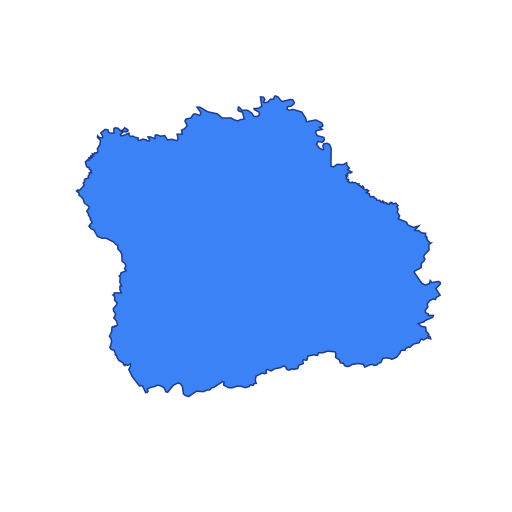 Mae Sot, Tak, Thailand (Equal Earth projection), rotated 105°
{"feature_id": "78962969B92609473950758", "entity_name": "Mae Sot", "entity_type": "district", "adm_level": 2, "iso_a3": "THA", "parent_name": "Thailand", "parent_adm1": "Tak", "projection": "equal_earth", "projection_center": [98.694, 16.756], "detail": "fine", "context": "isolated", "style": "filled", "palette": "blue", "viewbox_px": 512, "rotation_deg": 105, "n_neighbors": 0, "source": "geoboundaries", "source_scale": "gbopen_adm2", "svg_char_len": 6098}
<svg xmlns="http://www.w3.org/2000/svg" viewBox="0 0 512 512"><g transform="rotate(105 256 256)"><path d="M142.5,192.6L145.2,195.5L146.5,201.5L149.8,204.0L149.9,206.8L132.6,211.3L129.3,213.8L128.7,216.3L130.0,219.5L132.0,220.0L135.5,218.3L136.3,219.1L135.0,223.2L132.4,226.6L129.4,225.7L129.0,221.4L126.4,219.9L123.9,221.1L123.9,228.0L121.6,230.3L119.3,230.2L116.6,224.8L115.1,227.9L113.6,225.2L112.5,225.2L110.4,227.0L109.1,233.4L113.3,242.0L110.2,243.5L105.1,249.0L104.8,258.4L106.7,261.5L106.0,264.1L103.6,264.1L102.4,261.0L99.0,258.7L97.8,258.7L95.6,260.9L95.9,263.4L99.9,270.5L99.6,272.0L96.7,275.9L96.3,278.6L97.1,279.5L100.0,279.5L100.8,282.7L104.2,284.3L105.7,287.5L105.3,288.7L102.7,287.9L101.5,288.8L100.7,289.9L101.1,292.9L109.9,289.2L112.6,291.8L114.1,296.1L115.0,295.5L116.3,290.2L118.6,289.3L120.8,290.6L121.7,294.2L119.2,296.9L117.8,300.5L117.5,302.8L119.0,307.2L116.7,310.4L116.7,311.6L119.8,311.2L120.5,309.8L120.7,306.2L126.8,302.8L128.4,306.6L130.1,308.2L130.2,311.6L129.1,315.9L131.5,324.1L128.7,330.1L129.2,340.1L126.7,348.8L127.6,351.5L131.4,346.7L133.7,346.3L134.9,346.9L134.4,351.2L135.3,353.2L139.6,354.7L141.7,359.0L144.0,359.6L147.8,356.2L151.4,357.8L153.8,360.5L157.4,358.7L158.8,363.7L163.2,361.5L165.1,362.3L165.0,367.4L166.8,371.5L163.3,375.4L164.9,379.0L164.7,383.4L165.5,384.7L168.8,383.8L168.3,388.9L169.0,391.2L171.3,388.8L172.3,388.9L172.9,390.8L172.2,392.2L172.4,395.7L174.3,397.9L174.7,399.7L172.4,400.5L172.7,403.6L172.1,406.1L173.1,408.1L172.3,409.5L170.2,410.5L174.3,415.9L174.8,418.0L173.8,418.4L171.3,416.8L170.6,417.9L169.6,413.2L168.3,412.0L167.2,412.5L166.1,416.0L168.5,417.0L170.1,419.1L168.3,422.3L168.6,425.3L170.1,426.3L174.0,424.9L175.1,429.1L174.0,431.1L172.5,431.6L172.7,434.5L177.3,437.8L180.0,435.0L181.4,434.8L182.3,437.7L180.8,440.0L182.4,439.9L184.5,436.3L188.7,435.5L193.4,437.0L196.4,435.8L197.6,436.2L197.7,437.3L198.4,437.4L198.1,438.4L199.4,439.0L199.6,440.3L200.6,438.9L200.3,440.6L201.3,439.2L201.7,441.4L202.8,441.5L203.4,440.0L204.5,441.1L204.0,441.7L204.3,442.8L205.4,441.9L206.2,443.2L206.7,442.4L207.4,444.0L209.4,445.2L213.2,442.9L214.0,441.8L213.7,440.1L215.3,439.5L215.9,437.3L216.8,437.7L218.3,436.5L218.8,438.6L220.5,437.9L222.2,438.8L223.8,438.0L226.4,441.5L228.4,440.9L230.3,441.8L231.8,440.2L238.5,443.5L238.2,445.2L239.7,446.2L241.1,443.2L243.3,442.6L243.5,441.1L245.7,437.6L249.1,435.7L251.4,430.3L252.9,429.7L256.5,431.1L258.8,428.5L259.7,428.6L262.3,425.6L263.2,425.7L266.2,422.9L268.5,424.6L269.8,424.1L270.4,425.2L272.2,422.6L272.9,419.2L278.2,414.1L278.7,409.1L277.8,406.7L277.8,404.4L279.4,396.9L281.2,394.3L281.6,392.3L285.0,391.2L287.0,387.9L289.5,385.9L295.7,384.0L297.2,380.6L299.6,379.0L302.2,379.7L303.9,377.7L307.3,382.1L309.5,381.9L310.7,383.0L311.9,381.6L316.7,380.7L319.7,378.0L320.1,379.5L321.1,379.5L323.8,378.7L326.5,376.5L328.3,383.4L330.2,383.1L330.7,384.1L331.9,381.9L335.3,381.2L337.3,378.1L339.2,378.1L343.6,380.2L346.1,379.3L347.4,377.4L349.5,376.5L352.6,377.4L354.8,374.0L358.4,371.9L359.9,372.9L360.0,374.3L361.3,374.5L361.2,376.0L362.3,376.7L366.3,375.8L371.4,376.8L373.5,374.4L376.5,373.2L382.2,373.5L383.7,371.6L383.9,368.6L386.3,366.7L387.8,366.5L388.5,364.5L389.5,364.4L392.4,361.4L393.6,356.6L395.2,355.8L395.0,355.1L395.8,354.2L394.6,353.7L394.8,351.6L392.7,349.4L395.0,348.6L398.5,349.5L404.3,344.6L411.8,334.8L410.8,333.2L411.0,331.9L416.4,327.3L416.2,326.0L414.9,325.2L412.5,326.5L409.7,323.1L408.2,319.8L406.4,318.2L406.0,315.2L407.0,310.7L410.6,307.8L410.4,306.0L402.4,302.5L398.8,298.5L399.0,295.9L401.2,293.3L408.0,290.4L409.1,288.0L409.2,284.6L402.0,278.5L400.6,271.5L398.1,268.6L397.4,266.1L394.8,264.7L393.6,262.6L385.9,255.7L386.2,254.2L389.0,253.9L390.3,248.2L389.6,245.2L386.6,240.5L385.7,236.3L385.9,232.2L383.8,228.7L382.0,228.3L381.6,225.1L379.9,225.1L379.0,222.8L376.6,224.4L372.1,224.9L367.4,219.6L367.5,217.4L366.3,215.6L364.0,216.7L362.6,215.9L363.1,211.6L360.1,208.8L357.4,203.2L355.0,201.0L355.5,198.6L357.3,197.2L357.8,195.7L357.5,194.0L355.7,192.4L355.7,190.1L354.5,187.4L353.2,186.3L350.5,186.5L347.6,182.5L345.2,183.8L343.9,183.4L343.7,180.3L343.1,179.8L339.3,180.1L336.5,174.6L336.1,170.8L333.3,170.6L332.2,166.4L329.4,162.3L328.1,154.9L329.7,153.6L333.4,152.9L334.8,148.6L337.4,146.9L337.0,143.8L338.9,142.0L339.3,139.8L338.5,137.6L335.9,135.1L333.4,129.2L332.8,124.5L335.2,122.2L331.5,117.7L330.6,115.2L331.2,113.7L329.8,110.9L327.8,109.9L326.7,107.9L322.0,107.0L320.7,103.9L320.2,100.2L320.6,98.1L317.6,94.2L312.4,91.8L310.2,91.7L309.2,90.5L308.7,87.8L306.5,87.5L304.5,85.1L304.4,83.7L300.4,81.2L297.6,76.1L293.8,75.2L293.6,72.4L290.7,69.5L290.8,65.8L288.7,67.2L288.7,69.2L286.9,68.7L284.6,72.3L280.8,73.6L281.1,78.3L279.3,81.9L276.1,76.6L274.9,76.3L269.5,69.5L267.5,69.3L268.8,74.2L267.4,74.6L266.9,77.6L264.7,78.4L260.7,76.8L257.9,78.2L254.3,76.7L251.7,73.9L251.6,71.4L249.4,71.1L246.2,68.0L240.9,73.9L235.8,70.9L234.0,71.0L233.3,73.2L236.2,79.2L234.6,81.3L237.7,81.4L240.3,85.1L239.2,89.1L230.8,99.0L229.3,98.6L224.5,93.4L220.3,94.4L217.6,92.6L215.1,92.1L213.6,93.7L211.4,93.7L205.5,90.4L200.2,92.0L198.2,90.3L198.4,91.4L195.5,95.4L193.9,95.6L193.6,96.9L193.0,96.6L192.5,97.7L190.2,98.0L190.8,102.3L189.2,105.9L190.2,108.1L190.0,109.4L184.8,106.6L187.7,111.3L186.7,117.5L184.4,119.3L183.2,128.1L180.1,127.6L177.1,131.0L173.9,130.8L172.0,132.7L170.7,131.8L168.7,134.8L170.3,136.9L169.2,138.5L170.0,139.1L169.4,139.6L170.6,140.1L170.5,140.8L171.7,140.6L171.9,142.9L171.1,143.1L171.0,144.5L171.9,145.8L171.5,147.2L170.6,146.8L170.7,147.8L170.1,147.9L171.7,149.6L170.1,150.8L170.9,153.7L169.6,154.6L169.1,156.9L168.1,157.5L169.3,161.1L166.4,162.9L166.3,165.8L164.7,164.6L164.3,165.3L163.8,164.4L163.4,165.9L162.9,165.4L163.7,167.8L163.0,170.2L163.5,170.6L161.8,169.7L160.8,171.1L162.2,172.2L161.0,173.9L161.1,175.1L159.7,175.2L160.2,177.2L159.4,179.0L160.2,181.3L159.6,182.1L160.7,183.4L160.7,184.9L159.8,185.9L161.0,186.6L158.1,186.3L158.2,188.7L156.0,189.3L155.8,188.4L154.8,190.0L154.0,188.4L153.2,189.3L151.9,188.2L151.3,186.0L150.2,185.1L148.9,189.9L146.9,188.6L144.8,191.7L142.5,192.6Z" fill="#3b82f6" stroke="#1e3a8a" stroke-width="1.5"/></g></svg>